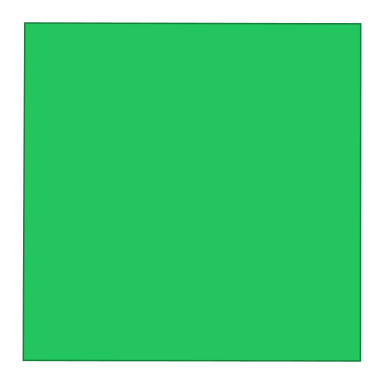 Quemú Quemú, La Pampa, Argentina (Natural Earth projection)
{"feature_id": "61730980B51204300351665", "entity_name": "Quemú Quemú", "entity_type": "district", "adm_level": 2, "iso_a3": "ARG", "parent_name": "Argentina", "parent_adm1": "La Pampa", "projection": "natural_earth1", "projection_center": [-63.682, -36.13], "detail": "fine", "context": "isolated", "style": "filled", "palette": "green", "viewbox_px": 384, "rotation_deg": 0, "n_neighbors": 0, "source": "geoboundaries", "source_scale": "gbopen_adm2", "svg_char_len": 483}
<svg xmlns="http://www.w3.org/2000/svg" viewBox="0 0 384 384"><path d="M23.5,293.1L23.5,296.6L23.4,324.0L23.4,333.2L23.3,360.4L27.2,360.4L122.8,360.6L143.1,360.6L158.0,360.6L223.9,360.7L256.8,360.8L262.9,360.8L286.2,360.8L359.1,361.0L359.6,361.0L360.4,361.0L360.5,335.3L360.5,240.9L360.6,151.5L360.7,55.8L360.7,29.7L360.7,23.8L359.9,23.8L297.7,23.7L91.1,23.2L24.8,23.0L24.6,66.8L24.1,168.8L23.6,271.5L23.5,293.1L23.5,293.1Z" fill="#22c55e" stroke="#15803d" stroke-width="1.5"/></svg>